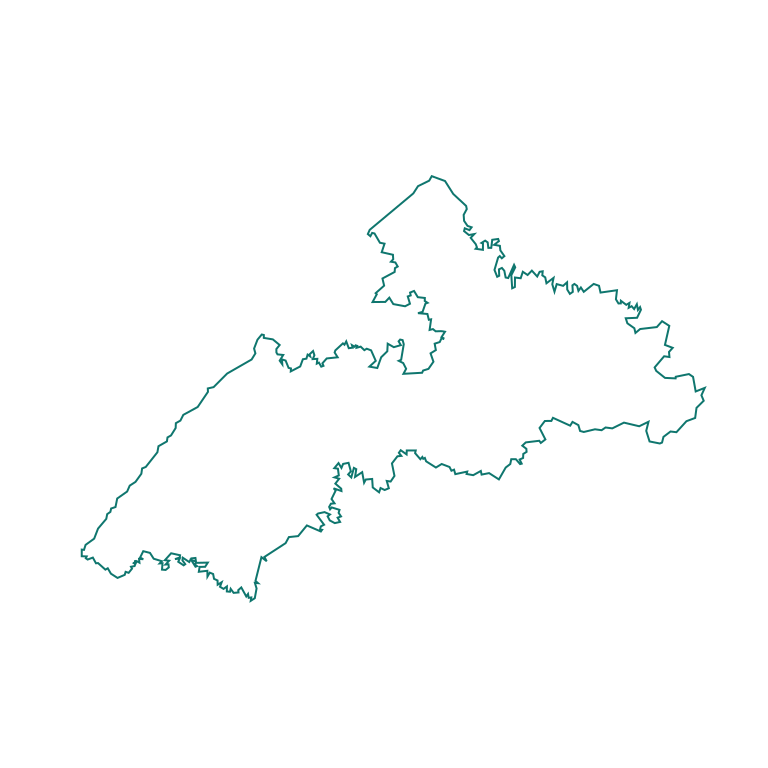 outline of Amathole, Eastern Cape, South Africa, rotated 174°
{"feature_id": "47623444B36505680523289", "entity_name": "Amathole", "entity_type": "district", "adm_level": 2, "iso_a3": "ZAF", "parent_name": "South Africa", "parent_adm1": "Eastern Cape", "projection": "mercator", "projection_center": [27.79, -32.642], "detail": "fine", "context": "isolated", "style": "outline", "palette": "teal", "viewbox_px": 768, "rotation_deg": 174, "n_neighbors": 0, "source": "geoboundaries", "source_scale": "gbopen_adm2", "svg_char_len": 6150}
<svg xmlns="http://www.w3.org/2000/svg" viewBox="0 0 768 768"><g transform="rotate(174 384 384)"><path d="M555.4,192.0L550.5,191.9L550.5,194.2L547.2,196.6L543.2,187.1L541.2,189.4L540.9,185.5L538.3,185.6L539.2,182.3L534.9,184.5L532.1,194.0L533.2,199.7L530.1,199.1L532.4,201.6L524.0,224.6L519.2,220.0L521.0,224.5L498.5,236.0L494.6,241.7L485.3,241.7L475.5,251.4L462.2,243.9L460.9,245.4L462.9,245.8L461.7,249.0L458.3,250.3L464.7,261.0L463.1,262.1L456.5,262.8L451.4,259.9L453.9,258.3L452.2,254.0L447.5,250.8L442.1,251.4L444.1,255.9L440.6,256.8L442.6,260.6L441.4,263.5L448.9,266.7L450.7,265.0L451.4,267.5L449.3,270.5L445.7,270.5L448.2,275.1L443.2,283.1L445.0,285.5L437.5,282.0L437.5,284.4L442.8,290.0L438.5,294.5L443.0,296.3L438.5,297.8L438.7,304.6L442.2,305.5L437.5,310.1L435.1,305.0L433.0,308.8L427.5,309.3L426.1,300.6L429.1,297.8L426.3,294.5L422.7,303.7L420.5,302.2L422.5,294.6L414.9,298.6L414.1,287.9L412.1,290.9L405.7,290.8L406.0,282.3L400.2,276.8L398.3,280.9L394.4,278.5L390.1,279.8L391.4,287.3L387.6,286.3L383.2,291.5L384.4,304.2L378.2,310.7L374.3,310.7L376.4,314.0L374.3,316.4L368.9,311.6L368.3,315.5L359.4,314.6L360.3,312.0L355.7,305.4L353.5,307.4L352.8,305.5L351.1,306.2L350.2,302.7L341.1,295.5L335.0,298.4L327.5,294.6L326.0,290.7L323.3,291.5L322.5,286.9L310.4,288.2L311.3,285.9L304.8,284.0L296.8,287.4L296.4,283.7L288.8,284.4L279.7,277.1L271.7,288.2L266.8,291.2L265.3,295.9L260.7,295.4L257.0,290.1L255.4,290.4L257.0,294.7L253.4,295.9L252.8,299.9L249.3,301.6L249.2,304.7L252.9,308.2L249.1,311.1L235.5,311.3L234.2,309.0L229.3,312.0L233.9,324.0L227.9,330.4L221.4,329.8L219.5,332.7L203.2,323.1L200.5,326.6L195.0,322.8L193.9,316.8L190.3,315.4L178.9,316.9L172.4,315.3L168.2,317.6L161.6,316.0L149.4,320.5L134.6,315.3L124.9,318.8L128.1,310.0L125.9,299.1L115.9,296.0L113.6,296.7L111.6,302.2L104.0,306.8L98.2,305.5L87.1,315.4L78.1,317.7L75.7,327.6L67.8,333.9L69.5,339.6L65.4,346.6L74.8,344.0L75.9,358.8L79.7,362.0L93.1,360.7L93.4,359.1L103.9,360.7L111.9,368.6L113.1,372.2L102.5,382.3L97.3,381.0L97.2,386.1L93.1,389.8L100.5,393.5L94.2,412.0L100.9,417.4L106.7,412.1L123.5,411.9L128.6,408.5L129.2,413.3L135.6,418.9L136.7,424.1L125.4,423.4L120.7,431.0L121.3,433.7L123.7,431.1L124.2,436.9L127.4,432.4L129.6,435.5L132.7,434.2L131.4,439.0L134.8,437.4L139.7,442.0L140.1,439.4L142.4,439.6L144.5,444.0L142.5,452.9L159.1,452.3L159.9,459.2L165.0,461.6L175.7,454.8L178.1,459.4L180.9,456.3L181.7,461.4L184.2,463.6L186.3,462.4L186.6,455.9L189.7,454.2L191.9,458.8L191.3,466.0L195.6,462.9L201.8,465.3L204.8,458.0L206.2,465.6L204.3,471.8L211.9,467.2L212.5,473.2L215.2,475.5L214.4,479.5L217.5,479.3L220.4,474.9L225.1,481.3L229.8,477.4L234.2,481.1L237.0,474.9L242.6,476.2L243.7,466.8L246.5,465.8L246.0,478.9L241.3,486.3L242.2,488.9L249.4,476.4L251.9,477.2L252.5,484.0L254.6,487.1L257.7,486.0L258.1,479.6L260.2,478.8L262.2,485.9L257.3,497.8L255.5,499.1L253.7,496.7L250.9,498.6L254.3,504.7L254.3,509.3L259.9,510.9L254.8,514.1L255.3,516.3L261.3,516.1L263.1,508.2L266.0,508.5L266.1,514.0L268.4,516.0L272.3,514.1L270.9,513.3L271.6,507.1L278.7,508.9L277.3,510.2L278.1,513.4L282.5,520.3L278.5,523.7L284.0,523.3L288.4,527.7L287.4,530.4L282.9,528.1L280.5,530.7L284.4,532.5L287.3,537.9L287.1,543.9L283.4,549.3L283.7,552.5L295.3,565.8L302.1,579.5L314.8,585.7L317.8,581.5L329.5,577.2L334.9,570.5L382.1,538.8L384.4,534.8L382.1,532.4L380.0,535.5L377.7,534.7L373.3,524.9L368.8,523.5L372.5,515.3L361.6,511.6L361.8,507.1L364.3,504.9L360.0,503.7L358.1,499.4L361.0,498.1L361.7,494.3L374.5,489.1L373.6,481.8L382.8,475.2L381.8,474.0L386.8,466.7L374.1,465.5L369.7,469.3L366.4,462.5L354.9,459.1L349.8,461.1L351.2,468.6L348.2,469.3L348.5,472.2L344.4,473.4L341.3,466.8L334.4,465.3L334.8,462.3L332.2,460.2L334.4,459.6L338.1,451.7L342.8,450.9L333.5,449.1L332.7,443.2L330.4,443.4L333.0,433.0L329.6,433.5L327.1,431.0L321.8,430.6L319.9,430.2L317.9,429.6L321.9,424.6L320.0,423.3L320.3,422.7L322.0,423.5L324.2,419.9L329.4,418.8L328.9,412.3L334.5,409.6L332.5,401.0L338.2,394.4L343.7,393.3L344.9,391.2L363.6,392.1L360.4,396.8L362.7,402.8L366.9,405.5L364.4,406.3L360.2,421.5L360.9,425.7L363.3,426.5L365.0,424.9L363.2,420.9L370.4,419.6L376.1,423.7L377.3,416.2L384.0,410.9L389.0,400.6L396.7,402.8L389.8,407.9L393.3,418.8L397.5,420.9L400.0,419.7L403.3,423.6L407.4,422.9L406.6,424.7L408.2,425.4L409.3,424.1L411.8,426.0L411.3,423.4L415.3,423.3L417.1,430.3L419.2,427.2L420.6,428.7L428.9,422.5L429.8,420.5L427.3,415.4L438.3,415.4L443.1,411.0L442.3,408.4L444.6,407.8L446.5,412.1L448.7,411.3L447.7,416.0L452.2,416.2L450.2,419.9L451.1,424.2L455.0,421.2L454.5,419.1L456.9,421.2L458.5,417.3L462.1,417.1L465.5,410.2L475.4,406.3L474.9,409.2L477.2,410.0L479.4,417.6L482.9,419.1L483.1,414.2L485.3,418.1L481.2,423.4L486.8,424.6L487.7,426.6L487.4,430.0L483.7,433.7L489.9,440.0L498.7,442.4L498.4,445.3L500.4,446.0L505.2,441.3L509.5,432.8L508.7,427.9L513.1,422.2L538.9,410.8L553.8,398.7L559.7,398.0L559.9,394.6L571.7,380.6L586.8,374.3L590.3,368.9L595.1,366.8L595.8,362.0L601.2,355.1L604.9,353.5L605.9,349.6L614.8,345.7L616.5,339.8L629.6,326.4L633.4,325.3L634.7,320.1L641.4,312.6L647.5,309.5L650.7,303.9L661.3,298.0L663.9,289.7L668.4,288.7L669.5,285.4L672.9,283.5L674.3,278.9L683.5,270.1L688.4,260.5L697.6,255.2L699.7,250.4L701.9,250.9L702.6,244.3L697.7,243.6L698.8,241.9L697.1,240.4L691.7,241.8L689.2,235.8L687.1,235.8L680.5,228.5L678.0,229.6L675.4,223.9L669.3,219.0L661.8,221.3L660.6,224.2L657.7,222.9L653.9,226.7L654.7,228.7L651.1,229.0L650.0,231.1L652.6,232.5L650.4,231.5L650.1,234.7L649.3,232.2L648.4,233.6L645.9,231.9L645.9,235.7L641.7,234.9L644.7,236.9L640.9,242.9L634.4,240.5L631.3,234.3L623.5,231.0L625.8,229.0L623.0,228.9L624.2,222.6L620.6,221.9L617.2,224.1L617.2,227.2L620.1,227.3L616.2,230.7L620.3,231.7L613.4,237.9L604.7,235.0L605.3,232.8L610.2,231.7L605.4,231.8L607.2,228.7L602.2,224.6L600.5,225.6L602.9,229.7L602.3,232.3L596.3,227.3L593.9,230.7L589.7,230.7L589.6,227.3L594.0,228.9L590.6,222.0L589.0,222.4L590.9,224.3L590.0,225.8L577.9,224.8L581.0,220.9L586.5,221.4L587.8,216.6L579.2,216.7L579.7,210.9L577.0,214.6L573.8,212.9L573.4,208.0L570.1,206.0L570.4,201.8L566.2,203.8L568.3,199.5L565.0,197.0L561.4,199.1L562.0,194.1L558.9,193.5L557.9,196.3L555.4,192.0Z" fill="none" stroke="#0f766e" stroke-width="2"/></g></svg>